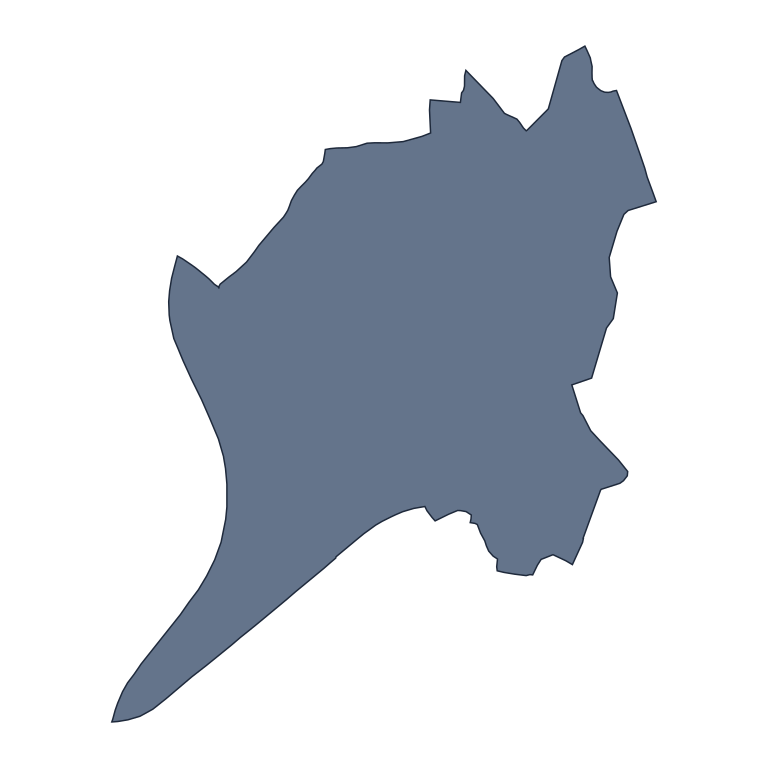 Surulere, Lagos, Nigeria
{"feature_id": "59680162B1513568068009", "entity_name": "Surulere", "entity_type": "district", "adm_level": 2, "iso_a3": "NGA", "parent_name": "Nigeria", "parent_adm1": "Lagos", "projection": "natural_earth1", "projection_center": [3.345, 6.49], "detail": "fine", "context": "isolated", "style": "filled", "palette": "slate", "viewbox_px": 768, "rotation_deg": 0, "n_neighbors": 0, "source": "geoboundaries", "source_scale": "gbopen_adm2", "svg_char_len": 2647}
<svg xmlns="http://www.w3.org/2000/svg" viewBox="0 0 768 768"><path d="M592.8,80.8L592.4,80.6L592.1,77.7L592.0,72.8L592.1,66.4L590.7,60.1L590.3,57.9L587.0,50.5L584.9,46.1L578.5,49.7L564.5,57.0L561.9,60.6L548.3,108.9L527.1,130.2L526.2,130.8L523.4,128.0L519.7,122.5L516.9,119.1L506.5,114.4L504.4,113.3L493.2,98.5L465.9,70.4L464.6,75.8L464.5,86.2L463.5,90.3L461.6,92.9L460.4,102.4L430.2,99.9L429.5,109.9L430.5,131.0L430.6,133.0L421.9,136.4L403.2,141.6L387.7,142.9L374.6,142.8L367.0,143.2L356.3,146.6L347.3,147.8L337.0,148.0L330.3,148.6L325.3,149.5L324.8,153.3L323.8,158.9L323.3,161.6L321.9,164.1L316.9,168.0L315.1,170.3L312.3,173.4L310.9,175.3L308.4,178.7L305.4,182.1L301.1,186.4L297.4,190.3L294.4,195.1L291.4,200.6L289.3,206.5L287.8,210.3L286.0,213.3L283.5,217.1L274.1,227.3L271.8,230.0L270.3,231.8L258.9,245.3L254.5,251.6L246.5,262.1L236.0,271.7L229.2,276.8L220.2,284.1L218.8,286.7L219.1,288.5L218.4,287.0L214.4,284.3L208.9,278.8L206.0,276.3L195.9,268.1L191.9,265.2L182.5,258.8L177.4,256.0L174.4,267.3L171.6,278.3L169.6,290.7L168.7,301.7L169.2,315.0L169.9,320.6L173.8,338.5L178.6,349.9L179.4,351.9L183.2,361.0L191.6,379.4L201.5,399.5L209.7,418.2L218.4,438.9L223.6,456.8L223.6,457.3L225.5,468.4L226.4,478.3L226.9,484.3L226.9,506.9L225.7,519.3L221.1,542.2L214.7,559.8L206.7,575.9L198.3,589.9L189.0,602.2L180.3,614.7L141.1,664.0L138.2,668.3L134.0,674.4L127.6,682.8L122.6,691.6L117.7,703.1L115.2,710.2L112.7,719.4L111.8,721.9L112.7,721.9L117.9,721.5L128.0,719.8L140.1,716.2L152.8,709.2L165.9,698.8L191.7,676.9L206.2,665.6L231.8,644.8L240.3,637.5L255.0,625.7L287.3,598.9L289.1,597.3L295.6,591.7L323.7,568.5L330.1,562.9L335.7,558.1L336.0,556.8L358.1,538.4L363.7,533.8L375.7,525.1L382.2,521.3L391.2,516.8L395.7,514.7L402.7,511.7L413.8,508.4L424.9,506.5L427.0,510.8L432.1,517.5L435.1,520.9L448.7,514.2L457.6,510.5L460.5,510.6L466.1,511.6L471.3,515.0L471.0,519.0L470.2,522.6L475.0,523.4L477.3,524.5L480.6,533.2L484.8,540.9L486.4,545.9L488.7,551.1L493.1,556.1L497.5,559.0L496.7,566.8L497.2,570.8L503.9,572.4L514.8,574.2L526.2,575.6L529.9,574.6L532.7,574.9L537.4,565.2L541.1,559.4L553.0,554.7L565.7,560.7L572.4,564.6L582.6,542.3L583.4,538.4L583.1,538.2L600.5,490.3L601.2,489.3L619.9,483.3L623.5,480.7L627.3,475.8L627.7,471.5L618.4,459.9L600.3,441.1L590.7,430.7L583.0,415.7L580.6,412.8L575.0,395.0L571.8,384.9L591.6,378.1L606.5,328.0L613.3,318.6L617.4,293.0L610.6,276.8L609.2,257.5L617.0,231.3L623.9,214.4L628.1,210.5L656.2,201.7L652.9,192.5L647.2,177.1L644.8,168.3L640.6,156.0L631.1,128.7L616.5,90.5L613.1,91.1L610.9,92.0L608.2,92.4L604.7,92.2L600.9,90.7L597.9,88.4L596.4,87.1L594.0,83.5L592.8,80.8Z" fill="#64748b" stroke="#1e293b" stroke-width="1.5"/></svg>